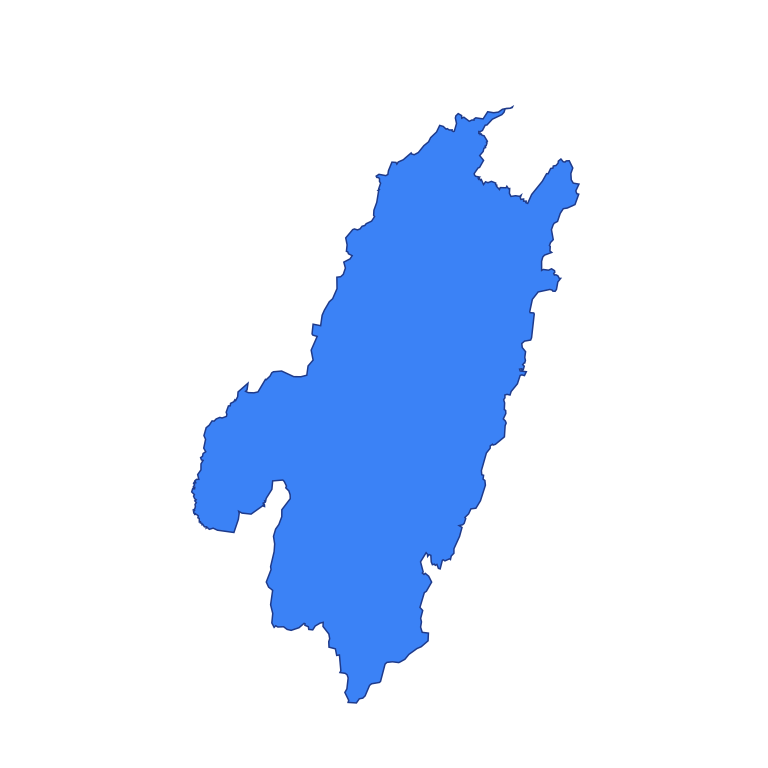 Macroom Lea-6, Cork, Ireland, rotated 294°
{"feature_id": "5873133B25756375031462", "entity_name": "Macroom Lea-6", "entity_type": "district", "adm_level": 2, "iso_a3": "IRL", "parent_name": "Ireland", "parent_adm1": "Cork", "projection": "robinson", "projection_center": [-8.909, 51.94], "detail": "fine", "context": "isolated", "style": "filled", "palette": "blue", "viewbox_px": 768, "rotation_deg": 294, "n_neighbors": 0, "source": "geoboundaries", "source_scale": "gbopen_adm2", "svg_char_len": 6163}
<svg xmlns="http://www.w3.org/2000/svg" viewBox="0 0 768 768"><g transform="rotate(294 384 384)"><path d="M207.2,252.2L205.8,255.8L204.1,255.6L202.2,257.7L201.8,259.5L200.3,258.7L199.3,260.8L197.2,260.3L195.2,261.6L192.9,261.9L191.4,261.0L191.4,262.3L189.9,261.9L188.6,263.0L188.8,264.1L187.9,264.2L188.6,265.7L188.0,268.0L186.1,268.4L186.0,269.9L182.9,271.4L183.5,272.3L182.4,272.7L182.6,274.3L181.4,275.0L182.0,275.7L180.5,278.0L181.3,279.9L180.1,280.2L181.0,280.8L180.2,283.5L182.8,286.6L182.7,291.3L187.3,307.3L201.1,306.0L207.0,304.3L208.6,303.0L208.3,306.8L211.1,315.5L223.4,322.7L223.5,324.7L224.7,324.1L224.4,322.9L225.5,323.3L226.0,322.1L227.7,323.5L228.7,322.6L228.8,323.5L231.6,322.9L242.2,324.4L250.2,321.7L255.1,330.6L254.4,332.5L251.1,336.4L249.2,336.5L247.6,340.6L244.6,343.3L241.1,345.0L227.6,341.8L221.2,344.6L212.8,345.1L207.4,344.0L199.9,345.0L193.4,349.2L186.2,351.8L171.0,354.7L168.5,356.3L155.2,357.0L151.5,361.2L150.2,366.2L136.2,370.2L129.1,375.7L120.1,378.7L117.0,382.6L119.1,383.4L118.8,385.8L121.4,391.0L120.4,395.3L121.2,399.4L126.8,405.5L132.8,408.3L132.9,409.3L131.4,409.9L131.5,413.6L129.2,415.1L130.4,418.9L135.0,419.6L139.6,422.9L141.5,425.4L137.7,426.9L133.2,435.3L129.2,438.0L126.2,438.3L121.2,440.8L122.3,447.3L116.8,451.2L118.3,453.5L104.5,461.2L102.5,461.1L103.9,466.2L103.4,468.5L100.9,470.8L90.4,474.1L86.3,473.7L80.7,480.4L78.5,480.7L81.4,488.5L86.4,489.5L88.4,492.4L91.4,493.6L102.8,493.4L105.1,494.6L109.5,501.2L110.9,501.8L128.5,498.9L130.9,499.9L133.7,504.8L135.5,510.8L136.8,511.9L141.1,515.1L147.1,516.7L155.7,521.7L159.2,524.9L167.3,528.7L174.5,525.9L172.7,519.9L176.8,516.3L181.9,515.0L184.8,512.8L192.8,511.5L194.5,507.7L209.8,505.7L211.9,507.0L222.4,508.1L226.6,503.0L227.8,498.7L226.3,498.0L226.9,495.9L228.3,496.2L236.4,489.7L247.0,491.1L246.1,493.0L244.3,494.0L246.5,494.6L246.5,496.5L240.7,499.5L238.6,501.7L239.9,503.3L239.2,504.6L240.7,505.7L237.7,508.7L237.9,510.5L246.7,509.0L247.5,509.6L247.2,511.6L251.0,515.0L250.7,516.1L254.2,515.4L257.8,516.7L262.0,514.9L275.5,515.0L284.7,513.6L285.2,510.2L287.4,513.1L289.3,513.9L294.3,513.4L295.0,512.2L299.8,514.1L305.3,514.2L307.9,518.5L316.6,519.6L332.8,517.8L336.9,515.4L337.4,513.2L341.1,512.1L340.9,510.2L344.5,508.2L362.6,505.6L368.5,507.1L370.7,506.2L373.1,507.6L372.6,508.5L374.2,510.3L384.7,515.5L395.2,511.6L398.0,511.5L399.6,509.9L400.6,507.2L406.6,507.3L409.3,505.9L409.6,504.3L415.8,501.9L418.3,499.7L420.6,500.1L423.1,498.9L424.6,500.6L425.2,503.6L428.9,503.2L438.4,505.8L447.2,504.9L448.4,506.2L448.8,508.9L453.1,509.0L451.3,503.1L452.7,501.8L453.9,503.7L452.8,504.3L453.7,505.4L457.3,504.9L458.1,502.8L460.6,503.6L459.9,504.1L463.1,503.6L465.5,501.8L471.1,500.2L473.5,495.5L477.0,493.4L480.3,494.9L483.8,500.1L486.3,500.0L509.0,492.8L509.8,491.9L508.6,488.5L509.4,487.7L521.7,485.1L530.8,487.4L537.8,497.0L538.2,499.2L537.5,500.5L538.3,502.6L540.5,503.1L547.9,501.3L552.3,502.4L551.8,501.2L553.6,498.8L553.7,496.7L552.9,495.3L554.1,494.0L555.5,494.6L556.9,493.7L557.4,490.2L554.9,488.0L553.4,482.9L551.9,481.8L560.1,478.1L564.5,477.4L567.0,478.2L572.4,483.7L573.0,481.5L577.3,479.9L577.8,478.8L581.0,478.6L584.7,479.9L593.1,474.2L598.0,473.8L600.0,474.0L603.1,476.4L611.6,475.6L617.1,476.5L619.3,479.9L625.6,485.5L636.6,484.7L636.3,482.7L638.4,480.7L645.9,480.8L644.5,475.2L646.7,472.0L652.3,469.1L658.1,468.6L663.3,462.4L661.9,459.7L660.4,459.1L659.9,457.3L661.5,454.1L658.5,452.6L656.6,453.2L653.6,452.3L652.0,450.0L649.9,450.5L648.7,448.6L642.8,448.4L642.3,447.0L633.7,446.2L617.2,441.8L607.4,441.8L607.4,439.8L608.9,439.6L607.8,437.2L609.8,436.3L608.3,434.0L609.7,432.7L612.3,432.5L610.6,431.6L609.5,427.6L607.0,423.7L609.2,421.0L613.7,419.3L613.1,418.3L614.6,415.8L612.9,415.7L610.7,410.3L608.6,410.4L610.4,406.3L611.5,406.2L611.5,404.9L613.0,404.3L612.8,399.7L610.2,397.1L610.0,394.5L606.7,393.8L610.3,389.8L609.3,389.4L610.5,387.8L609.5,387.2L610.3,386.3L611.9,387.1L611.0,383.1L611.8,381.6L613.0,380.8L619.7,382.1L620.7,383.2L628.8,384.0L631.6,378.5L636.7,380.0L640.0,379.4L641.3,380.6L642.4,379.6L643.3,380.4L646.2,380.0L646.6,379.2L647.8,379.7L651.5,374.4L651.1,372.4L652.0,371.3L651.1,370.3L652.1,369.8L651.5,368.7L653.2,367.9L653.6,369.2L655.6,370.8L661.6,371.2L662.5,372.7L670.0,375.3L678.0,382.1L681.0,383.1L684.7,382.7L687.2,387.1L688.7,388.7L689.5,388.7L687.3,387.2L685.7,384.0L683.1,380.4L678.9,377.9L676.4,373.8L674.9,368.0L666.5,366.7L664.5,359.6L662.8,358.5L661.7,358.9L661.0,357.0L658.7,355.0L660.2,348.5L658.5,346.9L660.8,345.7L661.2,341.8L658.2,340.6L656.0,341.0L651.5,344.3L643.5,345.4L642.8,344.6L643.1,342.8L643.8,342.8L642.6,340.3L643.0,337.9L642.1,337.1L643.4,333.4L642.9,329.7L635.6,329.5L628.0,326.4L623.3,326.2L618.0,323.5L609.4,321.2L605.7,318.3L605.4,315.5L606.1,314.8L596.6,310.3L592.6,306.7L590.1,306.3L591.3,304.8L589.9,301.0L580.7,301.3L577.0,302.3L575.1,300.9L573.5,294.1L570.7,292.3L569.8,293.4L570.3,295.1L569.7,296.4L567.2,297.5L566.1,299.2L560.0,299.8L559.8,300.6L558.4,299.8L558.4,300.5L547.0,303.5L538.7,304.1L533.9,305.9L533.1,307.3L527.7,306.4L523.2,302.5L521.0,302.0L519.2,299.8L515.9,299.0L514.0,297.1L513.6,293.9L512.3,292.6L501.9,289.6L496.1,293.7L489.9,295.7L490.0,297.1L488.5,298.6L488.3,302.7L484.5,302.1L479.0,297.7L474.2,301.6L467.6,302.2L464.4,300.8L462.4,297.5L452.0,302.3L441.0,302.4L437.0,300.6L427.2,299.5L421.7,299.5L411.5,302.4L409.8,294.9L400.5,297.9L399.7,299.2L400.3,303.6L385.3,303.7L377.0,309.5L369.6,307.3L360.6,309.9L356.8,305.1L354.0,298.6L354.2,285.2L350.2,278.0L348.5,276.9L344.9,276.7L339.9,274.6L340.0,273.8L325.5,272.1L323.0,268.7L320.9,263.5L321.0,260.5L322.9,261.3L329.4,259.4L317.4,253.9L312.8,255.5L308.5,255.2L308.9,254.2L306.7,254.0L303.9,251.7L301.6,252.4L300.7,250.8L294.0,251.3L292.4,252.8L290.3,253.2L287.1,249.9L286.7,247.6L283.8,244.9L281.0,243.9L280.3,241.9L275.3,241.1L271.8,239.3L263.6,240.5L260.9,243.5L252.1,245.4L249.6,248.7L246.9,247.0L244.0,247.6L242.2,246.4L240.4,248.1L240.6,249.8L236.6,249.3L231.1,251.7L225.5,250.6L221.6,253.6L220.6,251.5L218.7,250.6L217.2,252.2L216.6,251.5L217.6,250.7L215.8,250.4L214.8,252.0L212.3,251.6L211.8,252.2L212.5,253.2L211.2,253.6L210.4,251.8L207.2,252.2Z" fill="#3b82f6" stroke="#1e3a8a" stroke-width="1.5"/></g></svg>